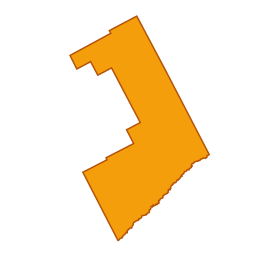 outline of Polk, Minnesota, United States of America, rotated 243°
{"feature_id": "52423323B42155101641625", "entity_name": "Polk", "entity_type": "district", "adm_level": 2, "iso_a3": "USA", "parent_name": "United States of America", "parent_adm1": "Minnesota", "projection": "orthographic", "projection_center": [-96.923, 47.836], "detail": "fine", "context": "isolated", "style": "filled", "palette": "amber", "viewbox_px": 256, "rotation_deg": 243, "n_neighbors": 0, "source": "geoboundaries", "source_scale": "gbopen_adm2", "svg_char_len": 3412}
<svg xmlns="http://www.w3.org/2000/svg" viewBox="0 0 256 256"><g transform="rotate(243 128 128)"><path d="M223.7,186.6L223.3,155.6L220.2,155.7L219.0,109.3L203.8,109.2L204.1,124.8L188.8,125.1L189.0,140.6L127.3,141.4L127.1,125.9L111.6,126.0L111.5,105.3L111.4,94.9L109.2,94.9L109.1,79.4L109.1,67.7L32.4,68.0L32.3,68.3L32.3,68.8L32.6,69.9L32.9,70.3L33.1,70.5L33.2,71.2L33.1,71.6L33.0,72.0L32.8,72.5L32.8,73.0L32.9,73.3L33.8,73.6L34.0,74.0L34.0,74.3L34.0,74.7L34.3,75.1L34.5,76.2L34.6,76.7L35.3,78.0L35.4,78.4L35.4,78.7L35.3,78.9L35.1,79.4L35.0,79.6L35.1,79.9L35.5,80.1L36.2,80.0L36.5,80.0L36.8,81.1L37.2,81.4L37.3,81.7L37.4,82.0L37.2,82.3L37.1,82.6L37.2,82.8L37.6,83.0L37.8,83.6L37.9,84.3L37.7,85.1L37.3,85.6L37.2,85.9L37.3,86.0L38.1,86.2L39.3,88.5L39.8,88.9L40.7,89.5L40.9,89.8L41.1,90.3L41.3,91.5L41.5,94.0L41.1,95.1L41.1,95.4L41.1,95.5L41.3,95.9L41.4,96.0L42.0,96.1L42.2,96.5L41.9,96.9L41.7,97.2L42.0,99.2L42.3,99.6L43.1,100.2L43.3,100.4L43.4,100.6L43.3,101.0L43.0,102.4L42.6,103.3L42.6,103.5L42.9,104.2L42.8,104.4L42.3,105.0L42.4,105.4L42.6,105.7L43.2,106.1L43.4,106.5L43.4,107.0L43.1,107.7L43.1,108.0L43.2,108.5L43.6,109.0L44.3,109.4L45.0,109.5L45.4,109.7L45.4,110.2L45.2,110.8L45.4,111.3L46.1,111.8L47.6,113.2L47.5,113.5L46.8,113.9L47.1,114.1L47.6,114.4L47.9,114.9L47.9,115.5L47.6,115.7L47.3,115.6L46.9,115.2L46.7,115.3L46.8,115.8L47.3,116.3L47.3,116.6L46.8,117.1L46.7,117.6L47.4,118.3L47.4,118.6L46.7,119.1L46.7,119.5L46.9,119.9L47.4,120.2L47.5,120.6L47.4,120.9L46.9,121.2L46.9,121.4L47.1,121.6L47.6,121.8L49.0,122.0L49.4,122.3L49.5,122.5L49.3,122.8L49.0,122.9L49.0,123.2L49.5,123.6L49.9,124.1L50.1,124.9L50.1,126.4L50.1,126.6L49.9,126.9L49.9,127.1L50.5,127.8L51.3,127.9L51.9,129.1L51.8,129.8L51.9,130.0L52.1,130.2L52.1,130.7L52.0,130.9L52.0,131.8L52.3,132.5L52.2,132.8L51.9,133.1L51.9,133.4L52.0,133.6L52.5,134.3L52.5,134.6L52.6,134.9L52.8,134.9L53.1,134.9L53.7,135.0L54.0,135.5L54.7,136.0L54.8,136.2L54.8,136.3L54.3,136.6L54.0,136.8L53.8,137.2L53.8,137.5L54.2,137.5L54.9,138.2L54.9,138.8L55.7,139.0L56.9,140.2L57.2,140.9L57.0,141.3L57.1,141.7L57.4,142.0L57.7,142.3L57.7,142.5L57.5,143.0L58.2,143.4L58.2,143.8L58.2,144.4L58.1,144.7L57.7,145.3L57.7,145.5L57.7,145.8L58.0,146.3L58.6,147.2L59.4,148.0L59.3,148.4L58.8,148.9L58.8,149.1L59.2,149.4L59.3,149.8L59.2,150.2L59.2,150.5L59.8,151.0L59.9,151.5L59.8,151.8L59.8,152.0L60.0,152.1L60.3,152.3L60.5,152.9L60.7,153.3L60.8,153.5L60.4,154.0L60.5,154.3L60.8,154.4L61.0,154.3L61.3,153.9L61.6,154.0L61.7,154.3L62.0,156.9L62.2,157.1L62.6,157.2L62.7,157.4L62.9,157.6L62.9,158.0L63.2,158.4L63.4,158.9L63.4,159.2L63.1,159.7L63.2,160.8L63.7,161.3L63.8,161.5L63.7,162.8L63.5,163.0L63.1,163.1L63.0,163.4L63.8,164.2L64.1,166.5L64.5,166.8L65.2,167.0L64.8,167.6L64.8,167.8L66.4,168.0L66.8,168.3L67.0,168.7L67.1,169.1L66.8,169.8L67.0,170.1L67.3,170.6L67.3,170.8L67.1,170.9L67.1,171.2L67.4,171.7L67.5,172.1L67.3,173.9L66.9,174.5L67.0,175.0L67.2,175.5L66.9,175.9L66.6,176.0L66.6,176.5L66.8,176.6L66.8,176.8L66.8,177.0L66.6,177.4L66.6,177.6L66.7,178.0L67.1,178.3L67.2,178.7L67.1,179.0L66.9,179.3L66.9,179.5L67.1,180.0L67.1,180.4L66.9,180.9L66.9,181.2L67.1,181.4L67.1,181.6L66.4,182.8L66.2,182.9L65.9,183.1L65.7,183.4L65.7,183.6L66.0,184.4L66.1,185.0L66.3,185.2L66.7,185.4L67.2,185.5L67.3,185.6L67.3,186.0L67.5,186.2L67.5,186.4L67.5,186.6L67.3,186.8L67.3,187.3L67.3,187.8L67.5,188.1L67.5,188.3L161.9,187.6L223.7,186.6Z" fill="#f59e0b" stroke="#b45309" stroke-width="1.5"/></g></svg>